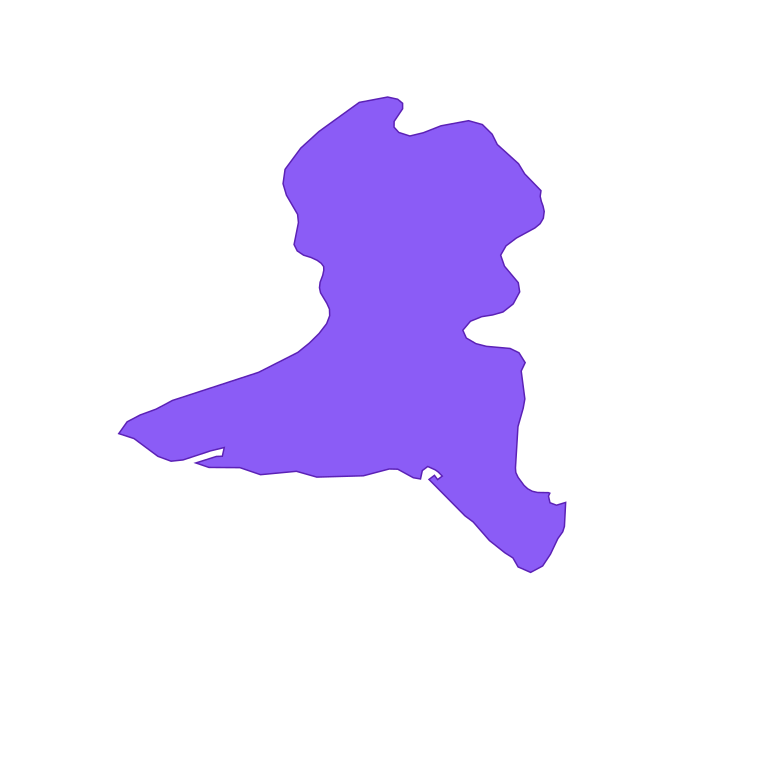 map outline of Nam Định (Natural Earth projection), rotated 53°
{"feature_id": "VNM-468", "entity_name": "Nam Định", "entity_type": "Province", "adm_level": 1, "iso_a3": "VNM", "parent_name": "Vietnam", "parent_adm1": "", "projection": "natural_earth1", "projection_center": [106.247, 20.228], "detail": "fine", "context": "isolated", "style": "filled", "palette": "violet", "viewbox_px": 768, "rotation_deg": 53, "n_neighbors": 0, "source": "natural_earth", "source_scale": "10m", "svg_char_len": 1754}
<svg xmlns="http://www.w3.org/2000/svg" viewBox="0 0 768 768"><g transform="rotate(53 384 384)"><path d="M571.0,317.3L572.5,320.1L578.7,322.9L584.6,319.2L587.9,310.2L606.3,325.6L609.6,330.2L612.1,338.2L620.1,353.5L624.8,366.8L622.7,380.3L610.8,387.0L600.5,385.7L591.4,389.1L572.5,394.0L547.9,395.8L537.9,398.7L487.3,405.5L487.3,398.7L492.6,398.7L492.6,392.9L487.1,393.6L483.5,394.7L476.2,398.7L476.2,405.5L481.8,412.0L476.5,417.0L460.3,424.3L455.0,431.0L444.9,455.7L417.9,493.7L401.0,506.5L382.1,537.2L364.1,549.4L345.3,574.0L333.8,581.8L341.0,561.4L344.4,556.6L338.6,549.8L333.0,562.8L323.7,590.2L317.5,600.5L305.7,608.1L277.1,616.5L264.0,625.7L259.6,611.9L262.0,597.3L266.9,581.2L269.8,562.9L299.2,477.1L306.9,433.8L306.4,419.0L304.6,405.5L301.3,393.5L296.8,386.3L291.4,382.5L285.2,381.1L273.0,379.8L268.3,377.6L264.3,373.8L260.3,367.5L256.9,363.6L253.9,361.5L249.8,361.5L244.9,363.0L239.1,366.1L232.7,370.7L225.5,373.2L218.5,371.9L203.6,355.2L196.5,350.9L174.5,348.3L163.3,344.1L153.0,333.8L145.5,308.5L143.2,284.0L144.2,234.3L157.0,208.4L164.8,201.7L171.0,200.2L175.4,203.5L180.4,217.9L184.9,221.4L192.0,220.8L201.5,214.1L207.0,201.4L212.1,183.1L224.6,158.0L236.0,149.3L249.6,147.3L260.9,149.4L289.1,144.0L300.8,145.2L324.1,142.3L328.1,146.3L332.7,148.4L337.6,149.9L342.6,152.2L347.5,157.0L349.9,162.8L350.2,169.5L347.1,190.3L347.1,203.4L351.3,213.3L362.4,216.9L383.9,215.8L392.1,220.2L397.8,232.6L398.1,245.6L394.2,255.7L389.0,265.5L385.9,277.2L388.5,288.7L396.8,290.6L407.1,286.3L415.5,279.6L431.5,261.9L440.3,257.4L451.9,258.4L456.2,266.6L480.7,280.5L487.1,287.4L498.7,302.7L530.1,329.5L534.0,332.0L539.3,333.1L549.3,333.2L554.1,332.3L558.8,330.2L563.0,326.7L569.7,318.1L571.0,317.3Z" fill="#8b5cf6" stroke="#5b21b6" stroke-width="1.5"/></g></svg>